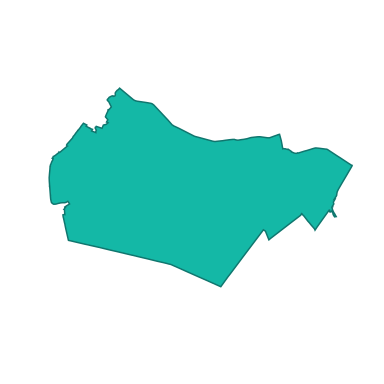 Kaag en Braassem, Zuid-Holland, Netherlands, rotated 26°
{"feature_id": "6326949B3369554265068", "entity_name": "Kaag en Braassem", "entity_type": "district", "adm_level": 2, "iso_a3": "NLD", "parent_name": "Netherlands", "parent_adm1": "Zuid-Holland", "projection": "albers", "projection_center": [4.616, 52.193], "detail": "fine", "context": "isolated", "style": "filled", "palette": "teal", "viewbox_px": 384, "rotation_deg": 26, "n_neighbors": 0, "source": "geoboundaries", "source_scale": "gbopen_adm2", "svg_char_len": 5453}
<svg xmlns="http://www.w3.org/2000/svg" viewBox="0 0 384 384"><g transform="rotate(26 192 192)"><path d="M245.4,101.8L244.4,102.8L244.3,102.7L243.2,103.9L242.9,104.2L242.5,104.6L242.1,105.0L241.8,105.3L238.9,108.3L238.0,109.2L237.6,109.5L236.9,109.8L236.3,110.1L229.6,112.3L228.8,112.6L228.0,113.0L226.8,113.6L221.6,116.9L220.8,117.5L219.6,118.6L218.1,120.0L217.4,120.5L215.4,122.0L213.4,123.3L210.6,125.3L209.1,125.8L207.7,126.1L207.1,126.1L205.7,126.8L204.9,127.3L203.6,128.1L203.4,128.2L199.6,130.7L198.7,131.3L197.0,132.5L192.8,135.1L190.6,136.5L190.1,136.7L189.5,136.9L189.2,137.0L188.5,137.2L188.1,137.3L184.9,137.9L184.0,138.1L183.4,138.2L180.3,138.8L174.0,140.0L171.1,140.6L169.7,140.8L168.9,140.8L152.2,140.5L146.4,140.6L146.1,140.5L145.5,140.4L144.8,140.4L138.6,137.8L119.4,130.5L118.7,130.4L118.2,130.3L117.7,130.2L117.2,130.2L116.3,130.3L115.6,130.5L112.1,131.5L103.9,134.1L103.4,134.3L101.7,134.7L101.2,134.8L100.7,134.8L99.4,134.8L98.7,134.7L81.4,130.4L81.3,130.7L81.1,131.6L80.8,132.4L80.3,133.2L80.1,133.6L80.0,134.1L79.6,135.8L79.6,136.4L79.6,136.6L79.9,137.3L80.2,137.8L80.5,138.2L80.6,138.4L80.6,138.8L80.6,139.3L80.4,139.6L80.1,140.0L79.6,140.3L79.3,140.6L78.8,140.2L78.5,140.4L77.7,141.0L76.8,142.2L76.6,142.6L76.2,142.9L76.0,143.5L75.8,144.7L75.5,145.4L75.4,145.8L75.4,146.1L75.4,146.4L75.5,146.5L75.9,146.8L76.3,147.0L76.9,147.1L77.4,147.2L82.2,150.9L81.2,154.6L80.8,154.6L80.6,154.7L80.5,154.9L80.5,155.0L80.9,155.0L81.0,159.5L81.2,162.3L81.5,162.6L82.0,162.7L82.3,162.8L83.0,163.3L84.0,163.6L84.7,164.0L84.5,166.6L86.2,166.6L85.7,167.7L85.4,168.6L84.9,169.1L83.0,170.7L83.2,174.2L77.2,175.0L77.2,176.1L76.8,176.1L76.7,176.2L76.7,176.3L76.9,176.7L77.0,176.8L77.2,177.3L78.8,178.2L79.0,178.7L79.0,179.0L78.9,179.2L78.9,179.4L79.0,179.9L79.3,180.4L79.5,180.8L76.8,181.0L76.4,181.1L76.2,181.1L75.0,181.2L75.1,179.3L73.6,179.5L71.9,179.5L71.9,179.3L71.2,179.4L68.0,179.3L68.1,177.9L64.3,177.8L63.4,181.8L63.5,182.1L62.5,187.0L62.3,187.0L62.4,187.4L62.3,187.6L61.8,189.7L61.6,190.6L61.6,190.8L61.7,190.7L61.6,191.5L61.5,191.8L61.4,192.3L61.2,193.2L60.9,194.0L60.9,195.2L61.0,195.6L58.7,203.8L58.7,204.6L58.7,204.9L59.3,205.3L59.5,205.4L59.8,205.4L59.6,205.7L59.2,206.8L58.6,208.0L56.3,213.2L55.8,214.2L55.5,214.6L54.9,214.4L54.9,214.6L55.1,215.0L54.5,216.0L53.1,219.0L52.0,220.7L51.7,220.9L51.7,221.0L51.9,221.2L51.8,222.8L51.6,222.9L51.6,223.0L52.5,222.9L52.6,223.7L52.7,223.9L52.8,224.1L52.8,224.4L52.7,225.8L52.7,226.5L52.9,228.5L52.9,228.8L52.9,229.3L52.9,229.8L53.0,230.1L53.3,231.4L53.5,231.4L53.5,231.7L53.7,232.2L53.8,232.7L53.9,232.9L54.1,233.2L55.8,237.8L56.4,239.3L56.8,240.3L57.3,241.6L57.7,242.4L58.5,243.9L59.2,245.2L60.7,247.8L61.4,249.2L61.5,249.1L65.7,256.3L65.8,256.4L65.9,256.6L66.0,256.6L66.2,256.9L66.1,257.0L68.0,260.2L69.3,261.9L70.3,263.1L70.6,263.3L71.5,263.3L72.5,263.7L73.0,263.6L74.2,263.0L75.1,262.4L76.9,260.8L77.7,260.2L78.4,259.6L79.8,258.7L80.7,258.2L82.0,257.6L82.4,257.4L82.7,257.1L83.2,256.7L83.5,256.3L83.8,255.9L84.5,254.8L87.2,256.4L85.3,259.4L84.3,261.2L85.0,261.5L84.6,262.1L84.6,262.9L84.7,263.1L84.7,263.3L84.6,263.7L85.0,263.6L87.1,267.2L87.4,267.7L87.5,267.9L87.4,267.9L87.3,268.1L86.4,268.7L86.0,269.1L86.9,270.5L87.3,271.1L87.7,271.5L89.0,273.1L90.8,275.4L92.0,276.8L92.6,277.7L93.0,278.2L93.9,279.4L98.4,285.0L99.2,286.0L101.0,288.2L102.0,289.5L102.3,289.6L104.7,289.0L107.9,288.3L110.1,287.8L118.9,285.8L132.3,282.6L144.1,280.0L146.2,279.5L150.5,278.5L152.3,278.1L153.0,277.9L153.7,277.8L156.7,277.1L158.1,276.8L159.9,276.4L166.1,275.0L166.7,274.8L168.2,274.5L169.9,274.1L170.1,274.1L182.1,271.4L191.5,269.4L197.3,268.0L201.0,267.2L202.7,266.9L203.8,266.6L204.8,266.4L223.1,265.8L259.4,264.5L261.5,252.4L262.0,250.1L262.1,249.7L264.0,239.8L265.3,233.0L266.0,229.3L272.6,195.6L272.7,194.7L274.6,194.9L275.0,195.0L275.5,195.3L279.0,198.5L282.1,201.3L282.9,199.4L294.1,176.8L299.1,166.8L299.9,165.3L299.9,164.1L300.0,163.6L300.1,163.3L300.5,163.5L301.3,163.9L303.3,164.6L304.7,165.3L306.7,166.3L308.9,167.4L311.4,168.4L313.2,169.3L318.2,171.4L318.7,171.9L318.9,171.9L319.3,172.3L319.8,168.5L321.3,159.5L322.9,150.1L323.4,147.5L323.5,147.9L323.7,148.0L323.7,148.5L323.8,148.6L323.9,149.1L324.8,149.5L325.4,149.1L325.7,148.8L325.7,148.2L326.0,147.8L327.6,148.9L327.7,149.1L328.2,149.6L328.5,150.1L328.8,150.4L329.6,151.0L331.0,151.8L331.3,151.3L331.3,151.2L331.7,150.9L332.0,151.2L332.4,150.9L331.2,150.1L329.8,149.1L329.3,148.7L328.9,148.7L326.1,146.4L325.8,146.0L325.8,145.9L324.7,144.8L324.8,144.7L324.7,144.5L324.5,144.1L325.0,143.5L324.5,143.0L324.4,143.0L324.4,142.9L324.7,141.5L324.7,141.0L324.7,140.7L324.6,140.4L323.9,139.7L323.7,139.4L323.5,139.0L323.5,138.8L323.7,136.1L323.7,135.7L323.0,136.2L323.4,133.1L323.5,132.2L323.5,131.7L322.9,130.0L322.5,128.5L322.4,127.9L322.4,126.6L322.4,125.1L322.9,118.2L323.5,110.8L324.4,98.9L324.4,98.5L324.3,98.2L324.2,98.2L324.2,97.9L323.6,98.0L322.8,97.9L319.4,97.5L310.2,96.3L307.4,96.0L302.0,95.3L298.1,94.8L295.9,94.5L295.0,94.4L294.2,94.5L293.2,94.9L289.3,96.2L287.5,96.8L286.2,97.3L284.3,98.0L283.7,98.3L283.3,98.6L283.0,98.8L281.2,100.4L280.0,101.6L277.0,104.4L275.1,106.0L271.5,109.4L270.2,110.6L269.8,110.5L269.7,110.6L269.1,111.3L268.7,111.6L268.2,111.8L267.3,112.1L266.6,112.2L266.0,112.2L265.1,112.3L264.0,112.4L263.7,112.3L263.7,112.0L259.5,111.4L259.2,111.9L256.8,112.3L256.5,112.5L255.2,112.9L254.9,113.2L254.7,113.4L253.0,111.2L252.4,110.3L249.7,106.7L245.4,101.8Z" fill="#14b8a6" stroke="#0f766e" stroke-width="1.5"/></g></svg>